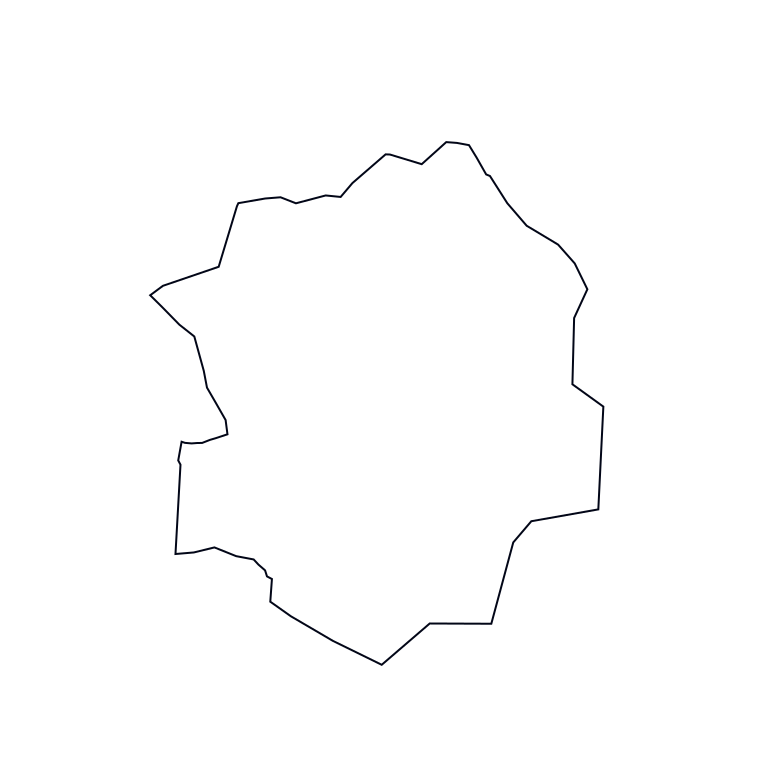 Boluwaduro, Osun, Nigeria, rotated 298°
{"feature_id": "59680162B7029176012538", "entity_name": "Boluwaduro", "entity_type": "district", "adm_level": 2, "iso_a3": "NGA", "parent_name": "Nigeria", "parent_adm1": "Osun", "projection": "mercator", "projection_center": [4.814, 7.924], "detail": "fine", "context": "isolated", "style": "outline", "palette": "ink", "viewbox_px": 768, "rotation_deg": 298, "n_neighbors": 0, "source": "geoboundaries", "source_scale": "gbopen_adm2", "svg_char_len": 946}
<svg xmlns="http://www.w3.org/2000/svg" viewBox="0 0 768 768"><g transform="rotate(298 384 384)"><path d="M467.0,588.3L472.2,550.5L531.5,520.9L563.1,519.1L580.0,495.8L588.8,472.3L590.7,435.7L601.5,408.0L617.4,379.9L617.0,375.8L627.3,359.6L634.8,346.9L631.1,335.2L626.8,325.4L595.8,314.1L589.4,281.5L587.5,277.6L546.6,261.8L528.8,257.9L523.1,244.0L502.2,221.4L500.3,205.0L492.0,192.0L475.3,170.5L471.9,170.7L409.9,183.0L366.9,142.7L352.6,135.9L347.7,152.2L340.3,175.5L336.9,194.2L311.0,218.7L297.7,229.4L288.1,244.8L277.8,261.1L275.1,263.0L266.1,269.4L257.0,260.7L253.0,256.6L246.6,251.1L244.1,246.6L241.2,242.0L238.6,235.9L238.0,232.4L219.9,238.2L217.2,242.2L136.0,279.7L146.0,295.2L160.1,311.0L162.6,334.3L167.9,351.3L165.6,357.9L163.6,366.5L159.2,371.0L159.2,376.6L138.4,385.8L135.2,410.8L133.2,459.5L135.0,513.8L194.0,536.8L222.7,591.3L304.8,572.5L332.0,578.5L373.9,632.1L467.0,588.3Z" fill="none" stroke="#020617" stroke-width="2"/></g></svg>